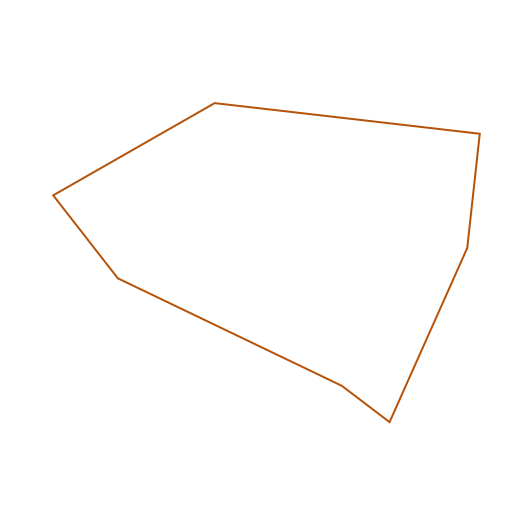 Blanco, Texas, United States of America (orthographic projection), rotated 97°
{"feature_id": "52423323B17591428926756", "entity_name": "Blanco", "entity_type": "district", "adm_level": 2, "iso_a3": "USA", "parent_name": "United States of America", "parent_adm1": "Texas", "projection": "orthographic", "projection_center": [-98.374, 30.22], "detail": "fine", "context": "isolated", "style": "outline", "palette": "amber", "viewbox_px": 512, "rotation_deg": 97, "n_neighbors": 0, "source": "geoboundaries", "source_scale": "gbopen_adm2", "svg_char_len": 270}
<svg xmlns="http://www.w3.org/2000/svg" viewBox="0 0 512 512"><g transform="rotate(97 256 256)"><path d="M220.5,464.7L295.0,390.4L374.4,155.0L404.6,103.2L260.8,59.1L222.3,47.3L107.4,48.8L109.3,315.7L220.5,464.7Z" fill="none" stroke="#b45309" stroke-width="2"/></g></svg>